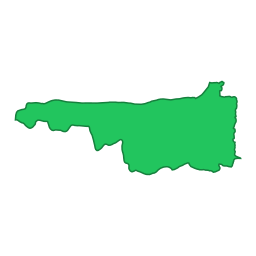 Purulhá, Baja Verapaz, Guatemala (Robinson projection)
{"feature_id": "79465075B41794626766416", "entity_name": "Purulhá", "entity_type": "district", "adm_level": 2, "iso_a3": "GTM", "parent_name": "Guatemala", "parent_adm1": "Baja Verapaz", "projection": "robinson", "projection_center": [-89.998, 15.218], "detail": "fine", "context": "isolated", "style": "filled", "palette": "green", "viewbox_px": 256, "rotation_deg": 0, "n_neighbors": 0, "source": "geoboundaries", "source_scale": "gbopen_adm2", "svg_char_len": 5635}
<svg xmlns="http://www.w3.org/2000/svg" viewBox="0 0 256 256"><path d="M240.6,158.4L240.5,158.1L239.3,157.6L237.7,157.0L235.8,156.1L234.9,155.3L234.6,154.1L234.9,153.0L235.2,151.6L234.6,150.4L234.5,149.2L235.0,147.7L234.9,146.3L235.1,145.1L234.7,144.0L234.9,142.7L235.0,142.4L234.8,142.4L234.0,141.9L233.6,141.5L233.3,141.0L233.1,140.6L233.0,140.3L232.9,139.8L232.9,139.4L233.0,139.1L233.4,138.9L233.7,138.8L234.0,138.5L234.2,138.1L234.2,137.8L234.2,137.5L234.1,137.0L234.1,136.3L234.0,135.7L234.0,135.2L233.9,134.9L233.8,134.5L233.8,134.0L233.9,133.6L234.0,133.2L234.2,132.9L234.3,132.6L234.5,132.4L234.8,132.1L235.0,131.9L235.1,131.6L235.1,131.0L235.0,129.9L234.9,129.4L234.8,129.1L234.4,128.9L234.1,128.8L233.9,128.7L233.5,128.5L233.4,128.1L233.5,127.8L233.9,127.1L234.1,126.5L234.2,126.3L234.3,125.8L234.4,125.4L234.5,125.0L234.6,124.6L234.8,124.2L234.9,123.7L235.2,123.2L235.6,122.5L235.9,122.0L236.0,121.6L236.1,120.9L236.0,119.2L235.8,118.7L235.6,118.4L235.4,118.2L235.2,117.9L235.0,117.5L235.1,117.0L235.3,116.8L235.5,116.7L236.0,116.6L236.0,116.1L235.9,115.8L235.8,115.5L235.6,114.9L235.6,114.5L235.5,113.9L235.5,113.6L235.6,113.0L235.7,112.5L235.7,112.1L235.7,111.7L235.5,111.3L235.4,110.9L235.4,110.5L235.5,110.0L235.6,109.4L235.7,109.1L235.9,108.9L236.1,108.7L236.4,108.5L236.5,108.0L236.7,107.1L236.8,106.1L236.8,105.4L236.8,104.9L236.6,104.4L236.5,104.0L236.5,103.6L236.6,103.2L236.8,102.6L236.9,102.3L237.0,102.0L237.0,101.7L237.0,101.3L236.9,100.8L236.8,100.4L236.6,100.0L236.5,99.7L236.4,99.2L236.5,98.6L236.4,98.3L236.2,98.0L235.9,97.7L235.4,97.3L235.1,97.0L234.7,96.8L234.3,96.8L233.8,96.8L233.4,96.8L232.9,96.9L232.6,97.2L232.2,97.3L231.7,97.3L231.4,97.2L231.0,97.1L230.6,96.8L230.2,96.7L229.9,96.5L229.6,96.5L229.3,96.4L227.3,96.6L226.2,96.7L225.6,96.7L225.1,96.9L224.8,97.0L224.5,97.1L224.2,97.1L223.6,97.0L223.2,96.9L222.9,96.8L222.5,96.7L222.2,96.7L221.7,96.6L221.4,96.6L221.1,96.4L220.7,96.2L220.1,96.0L219.8,95.8L219.8,95.5L219.9,95.1L219.7,91.7L219.7,91.2L219.8,90.8L220.2,90.7L220.5,90.7L221.1,90.7L221.3,90.5L221.5,90.3L221.7,89.9L221.8,89.4L221.9,89.0L221.9,88.6L221.9,88.3L221.9,87.9L221.8,87.6L221.6,87.3L221.4,87.1L221.2,86.9L221.0,86.5L221.2,86.2L221.5,86.0L222.0,85.7L222.6,85.4L222.9,85.1L223.2,84.8L223.4,84.6L223.5,84.3L223.7,83.7L223.9,83.0L223.8,82.5L223.5,82.4L223.1,82.3L222.7,81.9L222.4,81.6L222.1,81.5L221.8,81.5L221.4,81.7L221.0,82.0L220.7,82.1L220.4,82.2L220.1,82.3L219.8,82.5L219.7,82.7L219.5,83.0L219.3,83.3L219.0,83.4L218.7,83.3L218.4,83.1L218.1,82.9L217.9,82.8L217.4,82.7L217.1,82.6L216.8,82.6L216.5,82.5L215.4,82.7L213.9,82.7L212.3,82.9L211.9,82.9L211.3,82.9L211.0,82.8L210.7,82.8L210.4,82.7L210.2,82.6L209.9,82.5L209.7,82.5L208.3,86.9L203.4,93.0L201.6,95.0L201.2,95.2L198.5,97.0L195.6,98.5L194.7,97.6L192.4,97.5L191.0,97.8L188.1,97.5L185.5,97.7L183.0,98.0L179.5,98.8L176.1,99.0L170.8,99.9L163.4,99.0L160.8,99.1L158.5,99.5L156.5,100.2L151.7,101.2L150.0,102.1L148.0,102.6L145.0,103.7L141.3,104.3L134.6,104.1L130.7,103.2L128.7,103.1L123.8,102.4L118.1,102.5L115.5,102.2L109.4,102.2L108.7,102.4L96.9,103.1L86.9,103.0L82.1,103.1L76.1,102.5L66.7,101.9L58.7,100.1L55.2,100.0L52.4,100.5L51.0,100.9L48.0,102.2L47.0,102.7L46.3,103.0L45.0,103.6L43.6,103.8L42.8,103.5L41.4,103.6L38.9,103.0L36.0,102.7L31.0,103.1L28.9,102.9L27.7,103.2L27.4,103.4L27.2,103.6L27.0,103.8L26.8,104.1L26.3,105.3L26.0,107.3L25.4,108.4L24.9,108.9L23.6,109.3L21.6,109.6L17.8,110.9L16.6,112.3L15.8,115.1L15.4,119.9L17.0,119.8L17.7,120.2L19.8,121.7L20.6,122.1L21.7,122.7L23.0,123.0L23.8,123.5L24.4,124.0L25.3,125.2L26.6,126.4L27.2,126.8L28.1,127.5L29.3,128.1L30.3,128.2L31.5,127.8L32.5,127.2L33.4,126.4L34.1,125.4L34.8,124.8L35.3,123.9L35.5,122.6L35.9,121.6L37.5,120.3L38.7,120.1L40.5,120.4L43.9,121.3L45.5,121.4L46.9,121.4L47.2,121.5L47.5,121.6L47.8,122.1L48.2,123.5L48.5,124.3L49.4,127.3L50.4,128.9L51.8,130.1L53.2,130.5L55.6,129.9L59.4,130.2L60.5,130.2L63.1,131.4L64.5,131.6L65.4,131.6L66.6,131.1L67.5,130.4L69.7,127.2L71.1,125.4L72.4,125.0L73.6,125.1L74.5,125.4L77.6,125.7L79.0,125.6L86.4,126.3L88.5,126.3L88.9,126.6L89.1,126.9L89.4,127.4L90.0,130.7L91.1,133.3L91.8,134.6L92.0,134.9L92.4,136.1L92.9,138.0L93.4,139.7L93.7,141.0L94.4,144.0L94.8,145.7L95.1,147.5L95.3,148.2L95.8,149.5L97.0,150.5L98.2,150.4L100.2,149.1L101.7,147.8L102.2,147.1L103.9,145.0L105.2,144.1L106.7,144.3L108.4,145.2L110.0,145.2L112.0,144.5L113.5,143.6L115.6,142.8L119.8,139.8L120.6,139.6L121.4,139.7L121.7,139.9L122.3,140.6L122.6,141.5L122.7,142.8L122.0,146.0L122.1,149.6L122.5,151.5L123.1,153.4L123.6,155.7L123.7,157.2L124.1,160.6L124.6,162.0L125.3,162.7L125.9,163.1L127.7,163.5L128.6,164.4L129.0,165.3L128.9,168.2L129.1,169.1L130.1,170.7L131.0,171.4L132.0,171.8L133.9,171.2L134.8,170.7L135.4,170.3L136.3,170.4L137.9,171.2L140.2,171.9L143.9,173.6L146.3,174.4L149.5,174.5L151.8,173.7L152.4,173.3L154.4,173.0L155.5,172.4L156.4,171.8L158.2,169.9L160.4,168.3L162.9,167.3L163.4,167.1L164.7,166.9L166.5,166.7L168.0,166.8L169.3,167.3L170.6,168.0L171.5,168.8L172.2,169.9L174.4,169.5L177.6,167.9L179.4,166.5L182.6,165.3L184.2,164.3L185.6,163.7L187.8,162.9L188.9,163.2L189.3,164.4L190.9,166.5L194.6,168.2L197.1,169.1L198.8,169.4L199.2,169.7L202.0,169.8L203.7,169.6L206.0,170.2L206.8,170.1L208.7,170.4L209.5,170.8L210.3,170.7L211.6,170.9L213.4,172.2L215.4,171.8L218.0,170.6L219.0,170.2L219.2,169.8L219.8,169.0L219.9,168.0L219.8,167.4L219.2,166.4L219.1,165.8L218.8,165.6L218.8,164.6L219.2,164.0L221.2,164.3L222.0,164.7L222.7,165.5L224.0,165.9L227.0,166.0L228.8,166.6L231.3,166.9L232.2,165.9L232.4,165.4L232.4,164.8L233.2,162.8L233.2,162.2L233.7,161.1L233.8,159.9L235.1,158.7L237.7,158.3L240.6,158.4Z" fill="#22c55e" stroke="#15803d" stroke-width="1.5"/></svg>